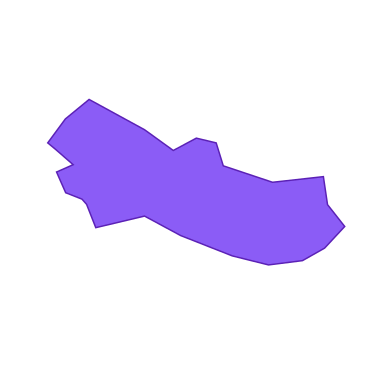 map outline of Knowsley (Albers equal-area conic projection), rotated 120°
{"feature_id": "GBR-5666", "entity_name": "Knowsley", "entity_type": "Metropolitan Borough", "adm_level": 1, "iso_a3": "GBR", "parent_name": "United Kingdom", "parent_adm1": "", "projection": "albers", "projection_center": [-2.836, 53.422], "detail": "fine", "context": "isolated", "style": "filled", "palette": "violet", "viewbox_px": 384, "rotation_deg": 120, "n_neighbors": 0, "source": "natural_earth", "source_scale": "10m", "svg_char_len": 489}
<svg xmlns="http://www.w3.org/2000/svg" viewBox="0 0 384 384"><g transform="rotate(120 192 192)"><path d="M221.6,341.5L192.0,338.2L163.3,327.4L161.8,264.2L165.4,229.0L143.2,215.2L137.4,195.6L153.7,178.0L143.3,127.1L113.0,85.9L135.2,68.3L145.5,42.5L174.3,49.1L196.2,62.0L216.9,89.3L227.2,125.2L235.4,180.0L236.6,221.1L271.0,257.5L255.4,277.1L253.2,283.7L255.8,301.0L248.0,311.7L242.4,319.3L227.8,308.6L223.3,331.5L221.6,341.5Z" fill="#8b5cf6" stroke="#5b21b6" stroke-width="1.5"/></g></svg>